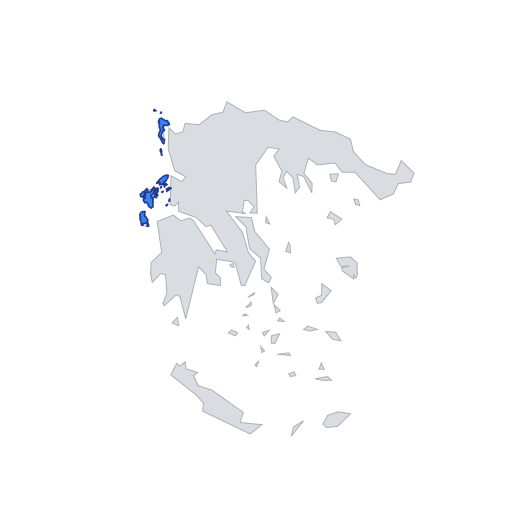 Ionion Nison, Ionioi Nisoi, Greece shown in context, rotated 33°
{"feature_id": "26713481B82557054028644", "entity_name": "Ionion Nison", "entity_type": "district", "adm_level": 2, "iso_a3": "GRC", "parent_name": "Greece", "parent_adm1": "Ionioi Nisoi", "projection": "orthographic", "projection_center": [20.46, 38.773], "detail": "fine", "context": "in_parent", "style": "filled", "palette": "blue", "viewbox_px": 512, "rotation_deg": 33, "n_neighbors": 0, "source": "geoboundaries", "source_scale": "gbopen_adm2", "svg_char_len": 9779}
<svg xmlns="http://www.w3.org/2000/svg" viewBox="0 0 512 512"><g transform="rotate(33 256 256)"><path d="M325.8,96.8L343.4,100.5L345.5,109.7L335.8,117.9L337.4,129.2L329.5,141.2L293.5,131.8L282.8,138.7L271.5,135.0L258.0,146.1L246.7,145.4L251.0,160.6L263.4,164.4L268.4,172.6L252.7,163.4L246.2,165.0L255.1,174.7L254.6,181.7L244.1,170.0L235.5,168.4L236.0,175.3L244.9,182.3L234.9,181.2L231.5,170.7L216.5,162.6L217.1,153.6L206.9,158.4L206.1,179.8L233.7,219.4L227.5,223.0L227.5,215.7L218.8,213.7L215.9,216.0L217.7,220.1L220.7,226.5L224.4,226.1L206.5,234.5L231.7,243.5L247.9,257.4L258.4,260.6L262.7,286.9L259.6,288.6L241.7,272.5L224.8,280.3L231.1,292.2L238.5,293.9L242.2,300.3L230.1,305.6L224.5,298.9L213.7,296.3L231.3,347.0L214.2,331.3L210.2,332.0L206.1,347.7L203.7,346.4L201.6,335.9L190.2,320.8L185.6,322.7L183.4,334.6L177.6,328.8L171.6,318.7L175.0,304.3L154.3,280.9L164.4,266.6L173.8,267.5L179.8,260.2L184.5,260.5L220.4,276.7L219.3,272.4L229.9,268.2L201.6,254.7L197.9,258.6L184.9,256.2L166.9,260.7L161.6,253.0L160.7,258.3L156.2,259.7L141.0,235.1L153.5,234.0L153.7,227.7L141.4,228.8L124.0,213.9L113.2,196.0L122.1,197.5L127.0,191.7L124.4,183.4L136.8,176.9L142.1,161.6L150.0,153.3L147.6,142.7L169.2,141.6L183.7,129.1L201.4,129.4L209.4,126.4L211.3,119.2L241.1,115.7L255.5,108.6L271.6,106.7L281.0,115.5L298.0,119.9L321.3,115.4L328.5,111.5L325.8,96.8ZM258.7,388.7L270.6,385.5L268.6,390.2L278.1,396.2L292.0,392.5L330.5,394.1L333.3,404.4L352.9,394.2L347.9,408.4L295.9,415.2L292.2,408.2L282.7,405.3L249.3,402.1L248.0,389.1L252.0,390.0L254.2,383.3L258.7,388.7ZM231.3,226.2L241.4,236.0L263.6,243.0L269.8,262.7L280.5,265.7L281.3,271.6L273.3,272.0L260.9,255.2L246.5,253.2L231.5,236.9L217.5,234.1L231.3,226.2ZM344.6,206.8L351.3,216.7L351.8,220.3L348.2,218.5L350.5,222.1L336.5,221.5L334.4,219.1L340.0,213.3L333.1,218.5L324.6,214.1L335.6,205.3L344.6,206.8ZM408.5,361.5L403.6,360.5L402.9,350.6L409.7,341.9L421.2,336.8L417.2,354.4L408.5,361.5ZM336.4,259.4L333.1,262.2L328.9,258.7L332.3,253.3L326.3,243.3L337.9,244.2L336.4,259.4ZM133.5,253.7L141.8,269.3L140.8,272.6L132.1,271.0L129.5,265.0L125.8,267.5L133.5,253.7ZM115.9,208.9L109.0,207.6L100.5,193.2L110.6,193.0L107.7,197.9L115.9,208.9ZM307.9,178.4L305.4,186.7L301.4,182.9L294.8,185.2L294.3,178.3L307.9,178.4ZM364.4,276.6L373.2,280.8L365.7,284.3L355.7,281.3L364.4,276.6ZM282.7,150.1L278.3,152.0L273.5,147.1L280.4,142.2L282.7,150.1ZM138.3,279.2L149.5,289.5L143.0,291.6L135.6,282.7L138.3,279.2ZM319.5,318.9L316.3,320.9L312.4,314.5L318.2,308.3L319.5,318.9ZM295.5,276.3L296.2,286.2L285.9,274.1L295.5,276.3ZM385.6,368.3L383.7,387.7L380.5,379.1L385.6,368.3ZM139.1,246.1L133.2,248.7L138.3,236.5L139.1,246.1ZM229.2,356.5L222.2,357.9L223.5,350.2L229.2,356.5ZM372.4,326.8L381.7,318.1L386.9,319.1L379.8,323.9L372.4,326.8ZM335.9,291.7L337.7,286.6L347.4,284.2L342.3,289.4L335.9,291.7ZM307.5,311.1L306.5,318.5L303.0,316.7L307.5,311.1ZM306.0,288.6L303.7,292.8L297.5,286.9L306.0,288.6ZM283.2,234.6L278.4,235.8L276.0,226.9L278.9,228.6L283.2,234.6ZM315.5,157.2L311.6,158.6L306.9,155.0L311.1,153.3L315.5,157.2ZM282.3,330.3L282.3,334.1L274.7,335.7L275.7,331.5L282.3,330.3ZM339.0,320.8L327.3,326.8L336.5,319.4L339.0,320.8ZM275.5,289.2L271.6,295.0L274.7,287.7L275.5,289.2ZM315.2,295.6L309.5,298.6L309.6,295.1L315.2,295.6ZM354.6,334.7L350.0,338.5L347.6,336.9L351.1,332.4L354.6,334.7ZM374.9,313.8L370.6,316.7L369.0,310.2L374.9,313.8ZM279.0,300.3L275.4,304.9L277.0,297.3L279.0,300.3ZM138.6,254.8L138.9,261.0L135.7,253.5L138.6,254.8ZM314.9,330.9L313.5,333.7L309.3,329.3L314.9,330.9ZM250.1,221.7L246.0,222.7L243.2,217.5L250.1,221.7ZM243.7,277.5L240.6,278.7L238.8,277.4L241.1,274.5L243.7,277.5ZM281.2,310.3L277.4,313.3L277.9,310.7L281.2,310.3ZM315.6,342.3L316.9,348.4L314.4,347.7L315.6,342.3ZM290.4,321.3L287.1,321.0L287.2,318.1L290.4,321.3Z" fill="#d9dde1" stroke="#a8b0b8" stroke-width="1"/><path d="M133.6,253.8L132.8,253.8L132.6,254.0L132.8,254.6L132.5,255.7L132.8,256.1L132.7,256.7L133.0,257.9L132.9,258.2L132.6,258.3L132.6,257.9L132.2,257.8L132.2,258.1L132.8,258.5L133.0,259.0L132.4,260.0L130.8,261.4L130.4,261.5L130.1,260.7L129.6,260.9L129.2,260.6L129.1,260.3L129.1,259.3L128.4,259.5L127.9,260.2L127.8,259.6L127.6,259.2L127.4,259.6L127.5,260.5L127.1,262.2L127.1,263.1L126.8,263.6L126.0,263.8L125.9,264.2L126.0,265.5L125.2,267.1L125.3,267.6L125.5,267.8L126.1,267.9L126.6,268.3L126.8,268.9L127.0,269.0L127.2,268.7L129.0,268.4L129.0,265.4L128.6,264.6L128.7,263.9L128.3,263.5L128.6,262.9L129.2,262.8L129.4,262.9L129.7,264.5L130.2,265.4L130.5,266.4L130.9,266.7L131.2,267.5L131.6,268.1L131.5,268.3L131.2,268.2L130.4,266.9L130.1,267.1L130.5,268.0L130.3,268.5L131.1,269.7L130.8,270.2L131.5,270.8L131.7,271.2L132.4,271.1L133.7,271.8L133.7,271.3L134.0,271.1L134.5,270.9L134.9,270.5L135.6,270.5L136.4,270.8L137.0,271.4L138.2,272.1L138.7,272.7L140.1,273.0L141.0,272.7L141.9,273.1L142.2,272.7L142.3,272.0L142.8,270.9L142.7,270.4L142.0,269.8L141.6,269.1L141.1,268.6L140.6,267.4L139.0,265.5L138.4,263.7L138.2,263.6L137.6,263.7L137.8,263.0L137.8,262.8L137.6,262.8L137.3,263.0L137.3,263.4L136.7,264.1L136.1,264.1L135.5,263.1L135.3,262.2L134.8,261.8L135.9,261.1L135.7,259.5L135.3,257.1L134.8,257.0L134.8,256.6L134.5,255.8L134.3,254.4L133.6,253.8ZM108.8,191.0L107.7,190.7L106.8,191.6L105.9,192.2L105.4,191.9L104.5,191.9L104.2,191.7L103.0,192.2L102.2,191.7L101.6,191.9L100.9,192.6L100.3,193.8L99.8,193.9L100.3,194.0L100.7,194.6L100.8,195.4L100.7,195.8L100.9,195.8L101.1,195.3L101.8,195.7L101.5,197.1L101.6,197.3L102.4,197.8L102.9,197.6L103.3,197.7L103.3,198.3L104.0,199.9L105.0,200.5L105.1,201.0L106.2,201.4L107.0,202.2L107.7,203.6L107.5,204.3L107.7,205.0L107.8,205.9L108.5,207.9L110.1,209.0L110.8,209.0L112.3,209.6L113.2,210.5L114.3,210.9L116.2,212.1L116.7,212.0L117.2,212.3L117.5,211.4L117.0,210.8L116.7,210.2L116.6,209.4L115.6,207.9L115.1,208.4L113.8,208.9L113.5,208.7L113.2,207.8L112.0,207.6L110.8,206.9L110.6,206.5L110.4,205.5L110.4,204.4L110.0,203.5L109.9,202.6L110.1,201.7L109.6,201.1L109.8,200.7L109.9,200.8L110.1,201.5L110.6,201.3L110.5,200.8L110.4,200.5L110.6,200.0L110.5,199.8L109.6,199.8L108.4,199.2L108.0,198.8L107.8,198.9L107.5,198.3L107.6,198.1L108.1,198.1L108.0,197.8L107.5,197.5L107.6,196.8L107.4,196.6L107.6,196.0L108.2,195.9L108.9,195.3L109.6,195.3L110.7,194.8L111.7,192.9L111.2,192.4L111.0,192.7L110.7,192.5L110.3,191.9L110.0,192.2L109.2,191.8L108.9,191.5L108.8,191.0ZM141.4,283.4L140.1,282.5L139.8,281.6L139.5,281.5L139.2,281.2L139.2,280.8L138.9,280.5L139.0,279.7L138.8,279.2L138.6,279.2L136.8,280.4L136.0,281.5L135.8,282.5L135.8,283.1L136.0,283.6L135.9,284.4L136.0,284.6L136.7,285.5L137.8,285.8L137.9,286.1L137.6,286.3L137.6,286.8L138.4,287.1L138.4,288.0L139.0,288.7L140.7,289.6L141.4,290.7L141.9,291.2L142.3,291.3L142.4,291.8L142.9,292.2L143.5,292.5L144.5,292.0L144.4,291.5L143.7,290.7L143.8,290.1L144.4,289.5L144.7,288.9L145.7,288.4L146.8,288.2L147.1,288.6L148.3,289.0L148.8,289.6L149.3,289.7L149.1,290.0L149.5,289.8L149.4,288.7L149.2,288.5L147.9,287.8L147.5,287.1L146.0,286.4L145.9,286.2L146.1,285.0L143.2,283.5L141.9,283.1L141.4,283.4ZM137.9,236.9L137.9,236.6L138.3,236.2L138.0,236.1L137.5,237.0L136.9,236.9L136.5,237.0L136.0,237.8L135.7,238.9L135.0,239.2L134.8,239.7L133.9,243.0L133.3,244.1L133.3,246.6L133.0,248.2L132.8,248.5L133.0,249.2L132.7,249.7L133.8,248.4L134.7,246.4L135.1,246.6L135.1,247.1L135.5,247.8L136.1,247.8L136.0,248.5L136.3,248.9L136.6,248.7L136.4,248.3L136.4,248.0L136.8,247.5L137.5,247.8L138.0,247.6L138.1,247.0L138.3,246.9L138.3,246.1L138.5,246.1L138.8,246.7L139.0,246.9L139.3,246.7L139.4,245.9L138.9,244.6L139.4,244.2L139.3,243.4L139.1,243.0L138.8,243.3L138.9,243.8L138.8,244.2L138.6,244.3L138.4,244.1L138.5,243.6L138.7,243.4L138.9,242.9L139.6,242.1L139.7,241.8L139.7,241.3L139.3,240.8L139.2,240.3L139.3,239.9L139.2,238.8L139.5,238.2L139.3,238.1L138.8,236.8L137.9,236.9ZM137.5,254.5L137.5,253.4L137.6,252.9L137.0,252.5L136.7,252.5L136.6,252.8L136.8,253.1L136.8,253.6L136.6,254.1L135.7,253.5L135.4,254.0L135.9,255.2L136.4,255.5L136.4,256.2L136.7,257.0L137.3,258.4L137.3,259.0L137.6,259.5L138.0,259.6L138.3,261.0L138.8,261.6L139.4,261.8L140.9,261.1L140.8,260.9L140.2,260.5L140.0,259.9L140.1,259.6L140.3,259.4L140.1,259.0L140.5,258.6L139.8,257.9L139.1,257.6L139.4,257.9L139.2,258.1L138.8,257.8L138.6,257.9L138.6,258.2L139.2,258.6L139.2,258.9L138.7,258.5L138.4,258.5L137.9,258.9L137.6,258.8L137.6,258.2L138.8,255.5L138.3,254.9L138.3,254.5L138.1,254.4L138.1,254.7L137.9,254.7L137.5,254.5ZM147.8,245.4L147.0,245.7L146.2,245.6L145.6,246.0L145.3,247.0L145.0,247.3L144.7,248.1L144.7,248.9L145.0,248.8L145.3,248.5L145.5,248.0L145.4,247.7L145.7,247.5L146.8,247.2L147.1,246.6L147.7,246.3L148.1,245.7L147.8,245.4ZM141.5,244.2L141.2,244.7L140.5,244.9L140.0,244.7L139.8,246.1L141.1,247.5L142.4,248.3L141.9,247.7L141.0,247.2L140.6,246.5L140.6,246.1L140.9,245.7L141.2,246.0L141.6,245.8L142.1,245.5L142.4,245.0L142.5,244.7L141.9,244.7L141.9,244.4L141.5,244.2ZM120.5,220.8L120.4,220.3L119.8,220.0L119.9,219.6L119.3,219.1L119.0,218.5L118.0,218.0L117.6,218.1L117.7,218.6L118.2,219.8L119.3,220.7L120.5,220.8ZM91.6,188.7L91.0,188.4L90.8,188.8L90.9,189.4L91.3,189.9L92.1,189.7L92.4,189.0L92.9,188.6L92.5,188.5L91.6,188.7ZM146.0,250.5L145.9,250.0L146.2,249.4L146.8,248.7L147.2,247.7L146.3,248.9L145.7,249.4L145.7,250.3L145.8,250.5L146.0,250.5ZM153.4,256.2L153.0,256.1L152.5,255.5L152.4,256.0L152.7,256.8L153.2,257.5L153.4,257.2L153.4,256.2ZM142.1,253.6L143.0,253.6L143.1,252.7L142.9,252.4L142.1,253.3L142.1,253.6ZM139.1,250.7L139.3,249.7L139.1,249.4L138.8,249.4L138.5,250.4L139.1,250.7ZM153.7,261.1L153.6,260.9L153.4,261.1L153.3,261.4L153.5,261.7L153.0,261.9L153.1,262.6L153.5,262.6L153.2,262.1L153.4,262.0L153.7,262.0L153.9,261.6L153.8,261.1L153.7,261.1ZM121.6,222.7L122.2,222.6L121.1,221.6L120.8,222.0L121.5,222.5L121.6,222.7ZM98.1,188.1L98.6,187.9L98.8,187.7L98.7,187.4L98.0,187.0L97.9,187.4L98.1,188.1Z" fill="#3b82f6" stroke="#1e3a8a" stroke-width="1.5"/></g></svg>